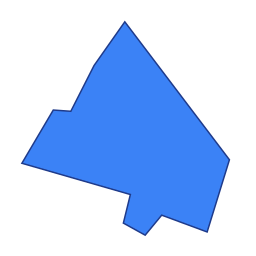 outline of Saint Anne Sandy Point, rotated 184°
{"feature_id": "KNA-5100", "entity_name": "Saint Anne Sandy Point", "entity_type": "Parish", "adm_level": 1, "iso_a3": "KNA", "parent_name": "Saint Kitts and Nevis", "parent_adm1": "", "projection": "albers", "projection_center": [-62.834, 17.356], "detail": "fine", "context": "isolated", "style": "filled", "palette": "blue", "viewbox_px": 256, "rotation_deg": 184, "n_neighbors": 0, "source": "natural_earth", "source_scale": "10m", "svg_char_len": 306}
<svg xmlns="http://www.w3.org/2000/svg" viewBox="0 0 256 256"><g transform="rotate(184 128 128)"><path d="M138.6,233.7L24.6,103.4L41.8,29.8L88.3,43.4L103.4,22.3L126.0,32.8L121.0,61.8L231.4,85.4L203.8,140.7L186.2,140.7L166.2,188.0L138.6,233.7Z" fill="#3b82f6" stroke="#1e3a8a" stroke-width="1.5"/></g></svg>